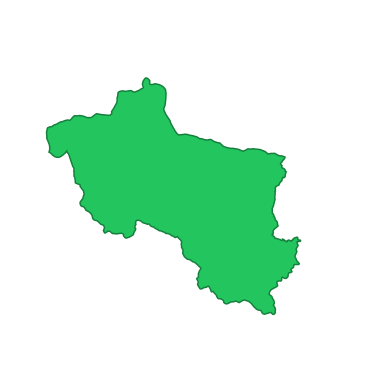 outline of Betania, Antioquia, Colombia, rotated 47°
{"feature_id": "7082276B53063145531643", "entity_name": "Betania", "entity_type": "district", "adm_level": 2, "iso_a3": "COL", "parent_name": "Colombia", "parent_adm1": "Antioquia", "projection": "orthographic", "projection_center": [-75.967, 5.733], "detail": "fine", "context": "isolated", "style": "filled", "palette": "green", "viewbox_px": 384, "rotation_deg": 47, "n_neighbors": 0, "source": "geoboundaries", "source_scale": "gbopen_adm2", "svg_char_len": 6067}
<svg xmlns="http://www.w3.org/2000/svg" viewBox="0 0 384 384"><g transform="rotate(47 192 192)"><path d="M317.5,162.4L313.5,162.2L311.1,161.2L309.1,160.6L307.2,156.1L306.6,155.6L305.0,155.1L304.6,154.5L303.5,150.9L303.0,150.6L301.9,150.4L300.2,149.3L300.2,148.9L301.9,146.4L301.9,146.0L301.3,145.6L300.8,145.8L300.0,146.6L299.1,147.0L298.4,146.7L297.8,145.9L296.6,146.0L295.4,148.7L295.7,149.7L295.3,150.3L295.7,151.4L295.4,152.2L295.5,153.0L295.1,153.5L294.1,153.5L293.3,153.8L293.1,154.2L292.7,154.9L292.8,155.4L293.2,156.1L293.1,156.6L292.0,156.6L291.4,157.3L290.8,157.2L290.2,158.1L289.9,158.1L289.7,157.4L289.2,157.7L288.3,157.7L288.2,157.9L288.5,158.5L288.5,159.5L287.6,159.9L286.7,160.0L286.2,160.5L283.4,162.0L282.7,162.7L282.1,162.9L281.5,162.4L280.6,162.3L279.6,162.7L278.8,162.7L278.3,162.9L277.9,162.4L278.4,162.2L278.4,161.9L277.6,161.1L277.5,160.5L276.0,159.4L275.3,158.0L275.5,152.1L274.3,151.8L273.6,151.1L271.6,150.0L269.0,150.0L267.0,148.7L265.6,148.9L265.4,148.4L263.9,147.7L262.1,147.6L261.3,146.7L258.7,144.5L257.7,141.9L256.7,140.6L255.7,138.8L255.0,137.9L254.1,136.3L252.9,135.6L249.6,132.0L248.8,131.4L248.2,131.3L248.2,130.3L245.7,128.2L245.3,126.7L245.6,125.1L246.2,123.9L245.1,121.3L245.1,118.7L243.7,116.8L243.4,116.0L243.4,115.4L244.2,115.2L244.3,114.9L244.3,113.5L242.7,111.6L241.4,109.3L240.7,109.7L239.9,109.0L238.3,108.7L236.6,109.2L235.9,109.6L234.9,109.4L234.1,108.1L232.0,108.3L231.5,107.5L231.3,105.0L230.7,104.4L230.9,103.2L230.6,101.5L230.0,100.2L229.5,100.3L226.7,101.8L225.5,103.0L223.9,104.0L220.2,105.1L217.7,107.9L216.2,110.2L215.6,110.5L212.3,110.9L207.3,113.3L201.9,118.0L200.2,120.3L198.7,121.6L198.4,122.1L198.0,124.2L197.1,126.6L195.5,127.6L193.6,128.4L192.2,129.1L187.7,132.5L187.3,133.2L185.6,134.5L184.5,135.5L180.8,137.6L179.5,138.0L175.1,138.2L173.5,139.5L170.6,141.2L169.0,141.8L166.8,142.2L165.7,143.2L164.5,145.3L163.0,146.7L159.3,148.8L158.4,150.0L155.4,150.7L151.7,152.8L148.2,155.4L147.0,156.0L145.2,157.4L141.9,162.0L141.0,162.8L140.2,163.1L138.7,163.1L135.6,162.7L131.7,161.8L127.4,160.7L124.7,159.4L117.2,158.2L113.1,156.7L112.3,156.3L111.7,155.7L110.4,153.0L109.5,151.7L105.5,147.1L102.1,143.7L99.1,141.6L97.5,141.3L95.3,141.4L93.1,141.9L90.9,142.9L87.6,145.2L86.6,147.4L85.2,148.9L84.7,149.2L83.8,149.1L82.0,147.1L81.0,146.9L79.5,146.9L78.3,147.1L77.3,147.8L76.9,148.5L77.4,151.7L78.9,154.2L79.7,155.0L80.9,155.6L81.9,155.8L82.5,156.5L82.5,157.4L81.8,159.2L81.7,160.9L79.8,166.0L78.0,167.0L76.7,167.1L76.3,167.4L74.4,169.9L73.4,171.6L72.7,172.3L71.8,172.8L70.1,174.5L68.9,176.9L68.9,177.9L69.0,178.5L70.9,180.6L71.8,182.1L72.7,183.2L74.1,184.4L75.3,185.9L77.5,192.4L78.3,195.9L79.4,196.7L80.0,197.5L79.9,199.5L79.1,200.6L74.2,205.0L69.7,208.4L69.3,209.7L69.0,214.1L68.3,215.7L65.6,218.3L62.8,219.5L60.4,221.2L59.4,222.1L57.8,224.4L56.7,225.2L56.2,225.8L55.9,226.7L56.4,231.8L56.1,232.7L54.8,233.5L53.7,235.1L52.7,237.2L52.3,238.7L51.3,240.0L50.7,241.6L50.1,244.8L49.3,246.3L48.8,247.7L48.6,249.7L48.3,250.5L47.2,251.9L47.1,252.7L46.6,253.8L47.2,255.1L48.4,256.5L48.7,257.3L52.4,260.3L53.7,261.6L59.6,263.8L62.4,265.6L64.2,267.5L65.3,269.4L67.7,268.7L69.8,268.8L72.1,268.4L73.9,267.5L75.4,266.3L76.4,264.5L76.9,261.3L77.0,258.3L76.6,255.6L77.6,256.3L80.0,256.3L91.7,261.6L94.2,262.2L95.3,263.1L96.3,264.4L97.5,265.1L99.8,267.4L101.6,267.9L103.9,269.5L105.8,271.1L110.4,269.0L110.8,269.1L111.8,270.1L117.2,270.6L118.1,271.3L119.9,272.2L121.2,274.7L122.2,276.1L123.1,280.7L124.2,281.8L125.8,282.5L127.2,282.5L128.4,281.6L129.3,281.3L130.1,281.3L133.2,282.0L136.4,280.8L139.0,280.7L140.9,281.0L143.6,282.6L144.8,282.8L146.2,282.4L148.4,281.0L149.8,280.8L153.4,280.7L155.1,279.7L155.8,279.5L157.3,279.7L157.9,280.0L159.0,281.3L159.8,283.1L162.0,283.8L162.6,283.7L162.9,283.1L163.3,280.6L163.8,279.5L165.0,278.8L167.6,278.6L168.8,278.0L169.5,277.0L171.2,275.9L172.1,274.3L174.2,271.6L176.0,270.9L177.3,271.9L179.5,272.1L180.8,271.6L181.5,270.3L182.3,268.4L182.9,266.1L183.2,263.9L182.3,262.6L181.7,261.2L181.4,259.7L180.5,258.2L179.3,258.1L177.9,256.8L177.4,255.0L176.2,254.5L175.2,252.9L175.0,252.6L175.2,251.6L175.7,250.7L178.0,249.3L181.1,248.8L182.6,248.0L183.4,247.4L185.2,246.6L185.9,245.5L186.3,245.2L186.7,245.1L188.4,245.5L190.3,244.8L191.6,243.9L193.7,243.7L195.4,242.9L197.5,242.5L198.6,241.9L199.1,241.3L200.6,240.8L202.6,239.6L204.0,239.5L204.8,239.2L205.8,238.1L207.1,237.3L208.7,236.8L210.0,236.8L211.5,235.7L212.7,235.7L213.5,235.5L214.0,235.1L214.8,233.0L216.6,233.3L219.3,233.1L220.9,233.3L221.7,234.0L223.1,235.7L224.7,236.7L225.5,237.5L228.0,238.0L228.9,238.7L230.2,240.3L230.8,240.7L234.2,241.7L237.7,241.3L238.8,240.7L240.2,239.6L243.4,239.1L244.7,238.3L246.1,237.9L250.2,237.5L251.8,237.6L252.9,237.3L253.6,237.3L254.1,238.0L254.9,240.7L255.9,242.8L258.6,245.4L258.5,247.1L258.7,247.8L260.5,248.2L262.2,248.9L262.7,249.4L263.0,250.6L263.8,251.2L268.0,252.1L268.7,251.9L269.5,250.9L270.3,247.8L271.2,247.0L271.5,246.3L271.6,245.1L272.3,244.0L275.9,244.9L277.7,245.8L278.3,245.8L278.9,244.7L279.3,244.4L281.4,244.6L283.3,244.5L284.4,244.7L285.5,245.2L287.4,245.6L288.1,245.4L289.8,243.8L291.9,243.1L293.0,243.1L294.5,244.1L296.3,243.8L297.5,242.9L297.9,242.3L298.9,239.0L299.3,238.0L300.6,236.6L301.7,234.4L302.0,234.0L304.4,233.3L305.1,232.8L306.0,228.5L307.1,227.1L310.4,225.3L312.2,224.8L315.0,224.7L317.9,225.0L321.7,224.7L323.3,224.2L325.3,222.6L325.9,222.5L327.0,222.7L328.1,223.2L329.5,223.1L330.5,222.5L331.0,222.0L333.6,216.8L334.1,216.5L336.0,216.4L336.8,216.2L337.4,215.2L337.4,214.5L337.1,213.5L334.4,210.8L332.9,210.1L330.5,209.7L330.1,209.4L329.8,208.1L329.0,207.2L326.8,206.0L325.0,205.8L322.7,204.8L319.5,205.4L318.9,204.8L317.6,202.4L317.5,200.8L317.7,199.3L319.1,194.1L318.6,193.0L316.2,191.9L315.7,191.2L315.9,189.4L317.6,187.9L317.8,187.2L317.6,186.6L316.0,184.9L315.9,184.3L316.3,183.8L318.1,183.2L319.0,182.6L319.5,181.6L319.4,180.0L319.1,179.1L318.1,178.2L317.2,176.4L318.3,174.5L318.5,173.4L318.1,173.0L316.7,172.8L316.0,172.1L316.3,169.1L314.8,167.2L315.1,166.4L317.6,163.6L317.8,162.8L317.5,162.4Z" fill="#22c55e" stroke="#15803d" stroke-width="1.5"/></g></svg>